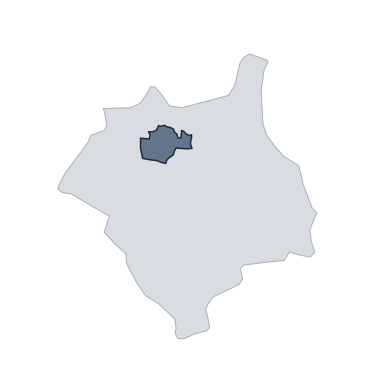 where Uroševac sits in Kosovo, rotated 191°
{"feature_id": "KOS-5913", "entity_name": "Uroševac", "entity_type": "District", "adm_level": 1, "iso_a3": "XKX", "parent_name": "Kosovo", "parent_adm1": "", "projection": "mercator", "projection_center": [21.096, 42.361], "detail": "fine", "context": "in_parent", "style": "filled", "palette": "slate", "viewbox_px": 384, "rotation_deg": 191, "n_neighbors": 0, "source": "natural_earth", "source_scale": "10m", "svg_char_len": 1549}
<svg xmlns="http://www.w3.org/2000/svg" viewBox="0 0 384 384"><g transform="rotate(191 192 192)"><path d="M108.2,136.4L127.3,130.1L130.0,125.7L125.7,116.2L128.2,110.2L151.0,93.2L154.8,85.5L156.2,79.4L153.1,73.0L148.8,62.9L150.9,58.7L162.8,52.9L172.4,46.1L178.1,45.6L181.7,50.4L181.7,55.5L184.8,64.0L191.9,68.6L203.7,76.1L217.4,81.2L228.2,91.4L242.8,109.6L245.0,118.6L258.2,126.6L270.5,135.7L268.6,152.4L310.2,167.0L319.6,166.9L324.1,169.4L324.0,173.2L320.7,184.9L303.6,220.7L302.2,228.2L289.9,235.9L288.2,240.4L291.7,250.3L294.9,257.2L294.7,257.1L268.4,262.9L259.5,269.7L254.3,281.5L252.6,287.6L248.0,287.8L240.3,281.7L230.5,272.2L217.8,272.9L174.7,293.7L170.4,304.5L169.5,328.1L166.5,334.4L161.9,338.4L144.1,335.9L142.2,334.4L144.5,325.3L143.6,305.6L135.5,272.9L129.8,262.2L118.0,251.5L108.8,244.5L92.3,238.2L83.9,220.2L71.3,199.6L65.2,194.9L66.2,192.9L69.1,177.4L65.5,166.1L59.9,156.4L63.7,150.6L75.3,150.7L84.9,151.7L88.4,142.5L108.2,136.4Z" fill="#d9dde1" stroke="#a8b0b8" stroke-width="1"/><path d="M225.7,251.2L222.2,250.2L220.6,247.5L217.8,245.9L216.3,242.7L213.5,242.7L213.5,247.0L213.9,250.2L211.9,250.2L209.2,248.1L205.5,246.9L203.4,248.0L202.7,245.1L203.0,241.9L202.5,238.6L200.5,234.8L204.3,233.6L211.6,232.6L215.9,232.1L217.1,228.9L217.5,224.7L219.8,222.5L222.6,219.3L223.3,215.1L226.9,215.1L232.8,216.1L239.9,215.6L246.9,215.6L250.9,225.2L252.7,235.0L244.1,236.0L244.1,240.2L246.1,242.7L241.8,243.8L238.7,245.9L237.5,250.7L234.7,250.7L231.6,252.3L229.6,251.2L225.7,251.2Z" fill="#64748b" stroke="#1e293b" stroke-width="1.5"/></g></svg>